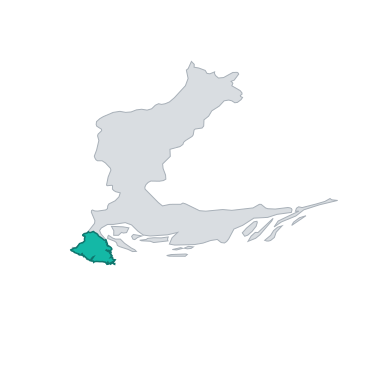 where Istarska sits in Croatia, rotated 309°
{"feature_id": "HRV-1592", "entity_name": "Istarska", "entity_type": "County", "adm_level": 1, "iso_a3": "HRV", "parent_name": "Croatia", "parent_adm1": "", "projection": "mercator", "projection_center": [13.894, 45.143], "detail": "fine", "context": "in_parent", "style": "filled", "palette": "teal", "viewbox_px": 384, "rotation_deg": 309, "n_neighbors": 0, "source": "natural_earth", "source_scale": "10m", "svg_char_len": 6495}
<svg xmlns="http://www.w3.org/2000/svg" viewBox="0 0 384 384"><g transform="rotate(309 192 192)"><path d="M73.7,133.9L75.2,136.3L86.1,139.1L88.4,137.8L89.8,135.9L89.8,134.7L90.8,134.3L94.6,136.2L106.3,136.0L108.6,134.6L113.0,126.4L114.5,125.6L115.4,126.0L116.1,128.4L117.8,130.7L123.7,136.2L125.9,136.8L128.1,135.3L130.4,134.9L136.8,137.8L142.2,138.3L146.2,136.8L144.2,132.5L143.9,130.2L144.2,128.3L146.9,126.3L146.8,125.5L143.5,122.1L143.6,121.2L150.9,117.4L158.0,115.2L159.1,113.6L160.1,106.4L159.7,102.5L156.8,98.9L156.6,97.1L157.3,95.2L158.4,93.5L164.5,91.5L173.4,87.2L176.2,83.3L177.8,82.6L182.8,83.2L183.8,82.2L183.2,76.6L184.1,75.1L186.6,73.5L191.0,74.2L194.7,75.6L204.2,80.6L209.3,85.2L212.1,90.3L215.9,94.3L220.8,97.1L224.6,100.8L227.4,105.6L231.3,108.3L236.4,108.9L239.6,110.5L240.9,113.2L243.7,115.6L247.8,117.8L254.3,119.0L270.5,120.0L277.8,117.5L283.2,110.9L285.5,111.4L293.1,109.4L292.6,113.4L290.3,115.1L292.6,119.2L294.8,125.7L293.6,129.0L295.1,131.5L299.6,134.0L298.3,134.8L297.3,136.9L297.2,140.8L300.8,144.5L310.6,148.5L313.4,151.8L313.5,153.1L313.0,154.1L305.5,154.4L302.6,152.7L302.3,155.3L299.6,156.1L301.1,165.7L300.5,168.4L299.5,169.3L297.4,168.8L296.8,169.7L297.3,171.8L294.6,172.0L290.2,170.9L288.3,169.1L287.9,165.5L286.5,162.6L283.1,159.6L275.9,159.1L267.5,156.3L261.4,157.2L255.6,155.9L250.6,159.6L248.1,159.6L243.0,154.9L241.5,154.6L237.1,157.0L235.3,157.1L227.9,154.6L225.3,154.2L223.3,155.0L219.8,154.1L211.3,148.0L206.0,152.7L195.3,151.5L192.1,154.7L188.5,160.8L185.5,163.6L182.9,162.6L179.9,159.9L174.6,153.1L171.9,151.9L168.8,151.6L166.1,152.3L164.7,153.7L162.6,172.5L162.6,177.8L168.5,182.6L175.4,191.0L177.7,191.9L178.8,194.7L182.2,209.6L185.8,214.8L197.7,226.9L202.8,234.5L218.1,249.5L224.8,252.1L225.9,253.5L225.9,259.3L226.7,261.4L231.2,267.5L240.3,276.3L241.4,278.3L241.7,279.8L241.1,280.9L238.7,282.1L228.2,272.2L219.9,266.8L210.6,256.5L198.1,252.4L189.6,247.9L178.8,250.0L175.3,250.1L172.8,249.3L171.1,246.5L171.0,241.5L166.0,237.0L159.2,232.7L152.8,227.1L139.9,212.0L137.3,207.2L143.9,205.3L151.6,206.3L143.3,199.9L131.5,187.2L127.9,181.2L127.5,174.7L128.4,165.8L126.2,159.4L117.1,151.1L113.7,146.8L107.0,144.2L103.9,144.4L102.1,147.7L100.8,154.8L89.6,173.7L85.3,173.6L80.4,164.6L75.8,157.8L74.7,150.6L71.2,136.0L73.7,133.9ZM273.8,303.4L273.8,305.4L277.1,310.5L262.4,299.2L248.5,290.1L238.7,287.8L225.2,280.4L216.5,277.8L223.7,277.2L244.4,287.1L242.1,284.5L245.1,283.4L247.6,284.2L249.2,287.4L260.9,296.1L268.3,301.2L273.8,303.4ZM111.1,183.9L110.8,186.1L108.3,183.3L107.1,178.2L103.9,169.9L103.5,167.6L105.1,165.3L105.1,163.0L102.8,155.7L104.7,154.5L105.8,154.4L106.3,159.4L107.3,162.3L110.3,165.9L109.7,171.8L110.3,180.1L111.1,183.9ZM124.4,165.5L119.3,166.7L116.9,164.5L116.3,162.7L112.1,162.1L109.1,158.4L112.7,155.6L114.6,151.0L121.5,160.3L124.4,165.5ZM205.8,263.4L199.3,263.5L193.6,262.5L190.8,260.8L191.9,256.8L198.2,257.1L207.8,258.9L210.1,260.9L209.4,261.9L205.8,263.4ZM222.6,271.6L219.7,272.2L201.4,271.7L196.1,270.6L188.9,266.6L194.9,265.7L200.4,266.6L202.1,268.8L222.6,271.6ZM140.0,202.6L138.9,204.1L128.6,194.0L127.5,190.6L122.4,183.6L121.6,181.7L126.3,186.3L128.0,186.7L132.5,191.2L136.9,196.9L142.1,201.8L140.0,202.6ZM200.2,278.9L207.8,280.4L213.4,279.7L218.5,280.7L222.4,283.3L213.7,282.7L208.5,284.6L203.8,283.6L202.1,282.4L200.9,280.9L200.2,278.9ZM140.0,226.3L140.5,227.7L137.8,227.2L127.8,214.7L126.7,212.3L130.3,215.2L140.0,226.3ZM122.1,173.2L126.3,180.7L122.5,178.4L119.0,177.5L118.2,175.8L119.5,173.0L122.1,173.2ZM239.6,291.7L245.3,295.5L228.8,290.5L232.4,289.9L239.6,291.7ZM147.5,223.4L150.2,227.6L147.6,226.8L144.9,224.1L143.4,221.3L147.5,223.4ZM141.7,218.3L142.4,220.3L137.3,216.5L134.9,212.9L141.7,218.3Z" fill="#d9dde1" stroke="#a8b0b8" stroke-width="1"/><path d="M76.3,137.3L77.0,137.3L81.1,137.1L83.1,138.3L83.6,138.9L84.3,139.1L86.5,139.4L86.9,139.1L87.3,138.5L87.9,137.9L89.8,137.1L90.3,136.4L89.5,135.3L89.5,134.7L89.6,134.3L89.9,134.1L90.5,134.2L91.6,134.4L92.2,134.7L92.8,135.3L93.8,136.1L94.9,136.4L95.9,136.5L95.8,137.0L95.9,137.3L96.0,137.8L96.4,138.4L96.8,138.8L99.0,140.0L99.3,140.3L99.4,140.5L99.3,140.9L99.2,141.2L99.2,141.6L99.3,142.2L99.7,144.0L99.7,144.6L99.7,145.0L99.6,145.6L99.2,146.4L99.1,146.7L99.0,147.1L99.1,148.1L99.4,151.3L99.4,152.7L99.4,153.3L99.3,153.8L99.4,154.1L99.6,154.5L100.7,155.1L100.6,155.4L99.7,156.8L98.4,156.3L99.1,157.1L99.0,158.0L98.5,158.8L97.8,159.5L97.6,159.1L97.4,159.6L97.4,160.0L97.6,161.0L97.4,160.9L97.1,160.8L97.0,160.7L97.0,161.0L97.6,161.8L97.9,163.0L97.8,164.4L97.3,165.5L96.8,165.8L96.5,165.8L96.2,165.6L95.7,165.5L95.2,165.6L94.7,166.1L94.4,166.6L94.2,167.1L93.9,167.1L94.0,166.0L94.3,165.4L94.5,164.9L94.2,163.9L93.3,163.1L93.2,162.6L93.2,162.2L93.2,161.9L92.7,161.9L92.9,162.6L92.7,163.6L92.9,164.1L93.3,164.4L93.7,164.4L94.0,164.5L94.2,165.1L93.7,165.5L93.1,166.7L92.9,167.0L92.7,166.7L92.6,167.1L92.7,167.6L92.7,168.1L92.5,168.7L92.1,168.6L92.0,168.8L92.2,169.1L92.2,169.5L91.9,169.5L91.9,169.9L91.5,169.7L90.6,169.9L89.9,169.9L90.3,170.2L90.5,170.4L90.8,171.1L90.5,171.1L90.5,171.4L90.8,171.4L90.8,171.9L90.5,172.1L90.3,172.3L89.9,173.0L90.0,173.5L90.1,173.8L89.9,174.2L90.4,174.2L90.6,174.3L90.8,174.6L91.0,175.0L89.6,175.1L88.8,175.0L88.2,174.6L88.2,174.8L88.0,175.0L87.7,174.1L87.3,174.0L86.9,174.1L86.5,173.8L86.2,174.2L86.7,174.4L87.1,174.8L87.3,175.3L87.1,175.8L87.5,176.8L87.7,177.0L87.1,177.4L86.9,176.8L86.9,175.9L86.8,175.0L86.5,174.8L85.3,174.3L84.8,174.2L85.0,173.6L85.1,173.4L84.7,173.4L84.8,173.0L84.6,172.6L84.1,172.7L83.5,172.5L82.8,172.0L82.3,171.4L82.6,171.1L83.0,171.7L83.6,171.8L84.2,171.5L84.6,170.7L83.4,170.9L83.0,170.8L82.6,170.3L82.6,169.9L82.8,169.7L83.0,169.4L83.1,169.1L82.7,168.5L81.7,166.3L80.0,164.4L77.9,161.4L77.6,161.2L77.1,160.6L76.4,160.0L75.5,159.9L75.7,159.5L75.9,158.9L76.1,158.7L75.1,157.3L76.2,156.6L79.8,156.3L79.0,155.9L78.0,155.8L76.1,155.9L75.1,156.2L74.6,156.1L74.4,155.7L74.5,155.1L74.6,154.5L74.5,154.2L74.1,153.9L74.3,153.5L74.3,153.2L74.2,153.0L73.8,152.7L73.8,152.3L74.2,152.1L74.3,151.7L74.3,151.3L74.1,150.7L74.4,150.1L74.4,149.5L74.1,149.0L73.6,148.7L73.7,148.3L73.9,148.0L74.2,147.9L74.7,147.9L74.7,147.5L74.3,147.3L73.9,147.0L73.7,146.7L73.6,146.3L74.0,146.2L74.3,146.0L75.0,145.5L74.5,145.2L73.4,145.2L73.0,145.1L72.5,144.6L72.2,143.9L72.1,143.3L72.7,143.1L72.7,142.7L72.2,142.2L71.0,138.6L71.2,138.4L71.3,138.2L71.1,138.0L71.1,137.9L71.3,137.4L70.6,135.8L70.5,135.0L70.7,134.2L71.0,134.2L71.4,134.5L73.3,135.4L74.1,135.6L75.6,137.1L76.3,137.3Z" fill="#14b8a6" stroke="#0f766e" stroke-width="1.5"/></g></svg>